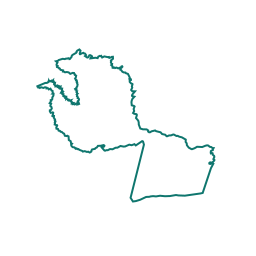 the district of Tapauá, Amazonas, Brazil, rotated 56°
{"feature_id": "56859067B86448043312286", "entity_name": "Tapauá", "entity_type": "district", "adm_level": 2, "iso_a3": "BRA", "parent_name": "Brazil", "parent_adm1": "Amazonas", "projection": "equal_earth", "projection_center": [-66.034, -6.025], "detail": "fine", "context": "isolated", "style": "outline", "palette": "teal", "viewbox_px": 256, "rotation_deg": 56, "n_neighbors": 0, "source": "geoboundaries", "source_scale": "gbopen_adm2", "svg_char_len": 5762}
<svg xmlns="http://www.w3.org/2000/svg" viewBox="0 0 256 256"><g transform="rotate(56 128 128)"><path d="M192.5,68.3L191.8,69.2L190.4,69.6L189.2,70.8L187.5,71.2L186.6,72.1L186.0,73.7L185.3,77.1L182.2,81.2L182.0,84.1L181.4,86.6L181.0,87.2L178.3,88.6L175.2,88.8L173.5,87.9L171.8,88.0L169.9,86.6L165.8,88.6L163.8,90.4L162.3,91.2L161.7,92.3L159.0,93.7L158.6,94.4L158.2,96.4L157.1,98.2L156.8,100.0L156.4,100.6L154.4,100.9L152.1,103.1L149.8,103.4L146.3,106.5L145.2,106.9L143.9,110.4L143.9,112.0L143.3,112.9L142.2,113.3L141.4,112.6L139.6,113.3L137.4,116.4L135.3,118.1L131.1,117.1L129.4,116.0L127.6,115.4L124.2,115.8L122.5,113.7L121.7,113.2L121.1,113.4L119.7,114.9L118.4,115.4L117.4,113.4L115.4,112.7L113.8,110.5L112.9,110.8L111.3,112.2L108.5,110.7L107.2,109.4L106.3,108.0L105.6,105.2L103.9,106.7L103.1,106.4L102.4,104.9L101.5,101.7L99.9,103.9L98.2,104.1L96.9,101.9L95.6,101.5L94.4,99.9L93.9,99.7L92.8,100.5L90.8,100.8L89.7,100.2L89.5,99.9L89.9,98.8L89.4,98.4L88.8,98.4L87.9,99.3L87.1,98.3L83.1,97.8L81.4,99.1L80.6,99.1L79.6,100.4L78.3,101.2L76.1,101.3L75.3,101.8L74.8,101.5L74.6,100.7L74.2,100.3L74.4,99.5L74.1,98.4L73.6,98.3L73.3,98.9L73.7,99.5L73.1,102.8L71.5,103.7L71.1,105.2L70.4,105.3L69.9,106.7L69.4,107.1L68.4,106.3L66.5,106.7L66.4,105.7L66.0,105.3L65.5,105.7L64.0,105.5L63.2,104.5L62.7,104.6L62.4,104.1L62.2,101.7L60.5,100.7L59.9,101.8L59.9,102.8L59.4,104.3L58.9,104.5L58.4,104.2L57.8,105.3L55.4,107.6L55.1,110.0L53.5,109.9L53.6,110.3L52.5,110.9L52.2,112.7L53.1,114.1L51.6,115.6L49.3,120.2L48.9,119.7L48.5,117.8L48.0,117.8L46.6,118.5L46.1,119.3L47.1,121.4L46.8,122.4L44.3,123.4L44.1,122.0L42.3,122.0L41.4,122.9L40.8,122.9L40.3,124.4L40.1,126.4L39.9,126.6L39.4,126.5L37.3,124.1L35.7,124.4L35.5,126.8L35.9,128.0L36.4,128.2L36.7,128.9L36.4,133.3L36.8,134.4L37.5,135.0L38.3,137.7L38.1,138.1L37.3,138.0L36.8,138.4L36.4,139.8L35.8,140.5L35.6,141.8L34.1,143.5L32.9,147.5L33.1,148.6L32.4,150.4L34.3,149.9L35.3,151.7L36.6,152.3L37.2,151.7L37.9,152.7L39.3,151.7L40.1,151.8L40.5,151.3L42.1,151.4L43.9,149.6L44.8,150.4L45.7,149.4L46.6,149.1L47.4,147.4L48.7,146.1L50.8,145.6L51.4,143.0L52.2,142.0L53.2,142.3L53.8,142.0L54.3,142.4L55.6,141.7L56.8,142.9L57.5,144.3L59.6,143.9L59.7,144.5L60.9,144.3L61.5,145.0L62.2,144.8L62.8,145.4L63.7,145.4L65.1,146.8L65.6,148.2L66.1,148.3L66.4,148.9L66.2,149.6L67.1,149.4L67.1,149.9L67.8,149.5L68.8,150.1L69.0,149.9L69.3,150.6L69.9,150.4L70.9,150.7L71.3,151.4L71.5,151.1L71.7,151.7L72.7,152.0L73.2,152.6L74.3,152.3L75.1,153.0L75.6,152.5L76.7,152.5L77.6,153.5L77.7,154.3L78.2,154.0L78.0,154.3L78.5,154.7L78.1,154.9L78.5,155.3L79.0,155.0L79.4,155.7L80.0,154.9L80.7,155.1L80.5,156.1L80.2,156.2L80.0,155.7L80.0,156.3L79.6,155.9L79.3,156.3L79.6,156.8L79.0,156.9L78.9,157.6L78.7,157.6L78.8,158.4L78.5,159.3L77.7,159.4L77.3,160.5L77.0,160.3L77.1,160.1L77.0,159.8L76.6,160.4L76.4,159.7L76.0,160.3L75.8,159.9L74.9,160.0L74.7,160.4L73.9,160.4L73.5,159.9L73.1,160.5L73.0,160.1L72.8,160.7L71.9,161.7L71.7,161.1L71.2,161.2L70.7,162.1L69.9,162.2L69.6,162.8L68.9,162.4L69.1,163.0L68.5,162.7L68.0,163.2L67.3,162.3L67.0,162.9L66.4,162.7L66.2,163.4L65.4,163.8L65.1,163.5L65.2,163.1L64.3,163.2L63.9,162.7L63.3,163.4L62.6,162.7L61.7,163.6L61.5,162.2L61.0,162.8L60.8,162.1L60.5,162.4L59.8,161.4L59.1,161.3L58.5,160.6L57.6,161.8L57.0,161.4L57.2,162.0L56.7,162.0L56.7,162.3L56.3,162.1L56.1,162.7L55.8,162.6L55.8,162.1L56.1,161.9L55.8,161.7L55.5,162.2L55.4,161.7L55.2,162.1L54.8,161.9L54.4,162.9L53.8,162.4L53.4,162.6L53.6,163.2L53.3,163.8L53.5,164.1L53.3,164.4L52.9,164.2L52.8,164.6L52.4,164.2L52.0,164.7L50.6,164.8L50.5,164.0L50.1,163.6L50.0,164.2L49.2,163.7L49.0,164.1L48.2,163.9L48.0,164.2L47.7,163.6L47.4,163.8L47.6,164.4L47.1,164.7L47.1,164.2L46.5,163.6L46.6,164.5L46.1,164.8L46.4,165.5L45.2,166.5L45.5,166.8L45.2,167.1L45.3,167.7L44.7,167.5L45.2,168.1L45.3,170.0L44.4,171.3L42.7,179.8L43.1,179.9L43.5,179.5L44.2,179.8L45.0,178.8L45.5,178.7L45.6,177.3L47.5,175.7L47.8,174.0L48.9,173.0L49.6,173.4L50.1,172.2L51.7,172.1L52.0,170.3L54.2,170.4L55.1,169.8L56.8,170.8L57.3,170.6L57.4,171.3L58.0,170.6L59.0,171.3L59.6,172.0L60.3,173.6L61.7,174.6L62.0,175.3L61.7,176.3L62.5,176.5L62.5,177.2L63.2,177.6L63.6,179.0L64.9,178.2L65.7,179.6L66.5,180.1L67.6,179.7L69.1,180.2L69.9,181.6L69.6,182.9L70.5,183.5L72.2,183.6L72.9,181.7L73.4,181.4L74.4,182.2L75.7,184.0L76.1,183.8L76.7,182.7L78.0,183.8L80.0,183.7L80.3,184.3L81.0,184.1L81.9,185.0L82.3,184.8L82.7,185.8L83.3,185.9L84.1,186.8L85.2,186.0L85.9,186.0L86.0,185.3L86.3,185.3L87.5,187.2L88.6,187.7L89.6,186.6L91.4,187.0L92.4,186.0L93.4,186.0L94.2,185.1L96.3,184.6L97.0,184.1L99.1,184.7L100.3,183.5L100.4,182.7L101.7,182.0L104.9,183.8L106.9,182.9L108.9,183.8L109.7,183.2L110.2,184.6L111.4,184.9L112.9,184.6L114.2,183.2L114.8,183.2L115.9,182.3L116.2,182.7L116.9,181.7L117.5,181.5L117.8,180.8L118.8,180.6L121.7,178.6L122.3,178.6L123.0,176.8L124.9,175.4L125.4,174.2L126.8,173.6L127.1,172.7L127.0,171.5L126.3,171.0L125.7,169.8L126.8,167.1L126.5,166.2L126.7,164.7L126.0,162.9L127.4,160.7L128.5,157.8L129.0,157.5L129.6,157.5L130.0,158.5L129.6,159.7L129.0,159.9L128.9,160.4L129.1,160.7L133.5,160.1L134.0,159.7L134.3,158.3L135.1,157.2L135.4,154.7L137.0,152.7L137.4,149.3L138.4,147.8L138.7,144.3L140.9,142.1L141.7,140.7L142.5,136.3L144.3,134.6L145.0,131.7L146.8,131.3L146.8,123.6L147.6,123.1L150.7,124.1L187.3,164.9L191.7,165.0L193.0,162.3L194.3,158.0L195.3,151.5L196.9,148.9L197.4,147.4L198.5,145.3L200.4,143.0L202.1,139.3L205.3,135.4L207.9,131.2L210.4,125.7L212.1,123.9L215.9,118.7L222.8,104.5L223.6,102.4L207.7,81.7L205.3,77.2L204.4,77.6L203.8,80.0L203.0,80.5L202.5,80.2L202.4,79.1L203.5,77.9L203.7,77.2L203.2,74.6L202.7,74.2L201.5,74.6L200.3,72.6L199.3,72.2L197.5,72.7L196.3,72.0L195.8,72.3L195.4,73.5L194.8,73.3L193.5,72.2L193.5,71.0L193.8,70.1L193.2,69.6L192.5,68.3Z" fill="none" stroke="#0f766e" stroke-width="2"/></g></svg>